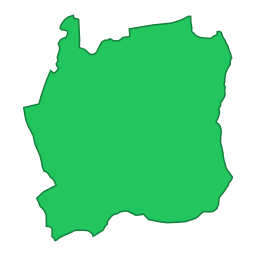 the district of Domasnea, Caras-Severin, Romania
{"feature_id": "2599482B60620901079337", "entity_name": "Domasnea", "entity_type": "district", "adm_level": 2, "iso_a3": "ROU", "parent_name": "Romania", "parent_adm1": "Caras-Severin", "projection": "albers", "projection_center": [22.344, 45.088], "detail": "fine", "context": "isolated", "style": "filled", "palette": "green", "viewbox_px": 256, "rotation_deg": 0, "n_neighbors": 0, "source": "geoboundaries", "source_scale": "gbopen_adm2", "svg_char_len": 4184}
<svg xmlns="http://www.w3.org/2000/svg" viewBox="0 0 256 256"><path d="M213.1,211.5L214.4,210.5L217.0,208.5L217.0,207.8L217.4,207.3L217.8,205.7L218.4,204.8L218.6,204.2L218.6,202.8L218.7,201.0L219.1,198.7L219.4,197.6L219.6,197.2L219.9,196.7L221.0,195.3L222.6,193.5L225.0,190.1L226.3,188.0L227.8,186.0L228.3,185.0L228.5,184.2L228.7,183.3L230.5,181.0L231.4,179.7L232.0,178.4L232.2,177.8L232.3,176.8L231.1,175.3L230.6,174.7L229.7,172.9L228.2,171.3L227.6,170.5L226.6,168.8L226.0,167.3L225.5,166.0L224.9,163.0L224.4,161.9L224.1,160.9L223.9,160.0L223.7,158.2L223.2,156.6L223.2,156.4L223.0,155.5L223.1,153.9L222.7,151.9L221.9,147.9L221.2,145.2L220.7,143.2L220.5,142.0L220.5,141.8L220.7,138.6L220.7,136.0L221.1,134.0L221.1,130.0L220.9,128.8L220.8,128.7L220.7,128.6L220.4,128.3L220.4,127.9L220.4,127.4L220.3,126.8L220.3,126.4L219.0,124.7L216.5,122.4L216.1,121.6L216.4,120.9L217.3,119.5L218.3,117.2L218.8,115.9L219.0,115.0L219.0,114.7L219.2,113.6L219.5,112.6L219.4,110.7L219.3,109.9L218.8,109.0L218.7,108.6L218.7,108.4L218.8,108.1L219.1,107.8L219.8,107.1L220.1,106.6L220.4,105.8L220.6,105.2L220.5,104.4L220.5,103.6L221.4,102.0L222.8,99.5L223.8,98.2L224.4,96.7L224.9,95.1L225.1,93.7L224.7,91.8L224.7,91.4L224.6,89.9L225.3,87.5L225.1,86.7L224.6,85.8L224.2,84.9L224.3,83.6L224.2,83.4L224.2,82.9L224.5,82.5L224.8,81.9L224.8,81.2L224.7,80.0L224.9,78.4L224.9,77.8L225.1,76.5L225.3,75.7L225.4,74.4L225.8,72.9L226.5,71.1L228.3,67.3L229.7,65.3L229.9,65.1L230.3,64.1L230.3,62.5L230.3,60.6L230.6,59.7L231.3,58.7L231.7,57.9L230.6,54.0L229.9,52.2L229.7,51.9L228.6,49.0L228.3,47.6L227.7,45.7L226.1,43.3L225.6,42.3L225.4,41.2L224.7,40.0L223.8,38.4L222.8,36.8L222.3,35.5L221.8,34.2L221.1,32.4L220.4,31.8L219.2,31.5L217.5,31.5L217.2,31.7L217.1,32.6L217.2,33.5L217.1,34.3L216.8,34.8L216.0,35.1L214.7,35.7L213.2,36.6L212.4,37.1L211.8,37.9L210.7,38.4L204.3,38.1L200.0,37.3L199.5,37.2L196.7,36.1L194.5,34.2L194.0,33.7L193.5,33.0L192.5,32.5L192.2,32.2L191.8,31.0L191.6,30.3L191.8,28.7L191.8,27.8L191.7,27.2L191.5,26.6L191.2,24.1L190.9,22.7L190.8,21.2L190.8,20.6L190.7,16.4L188.4,16.3L181.3,20.0L171.5,23.1L153.8,24.9L129.3,28.9L129.8,35.2L129.5,36.6L122.9,37.5L121.9,38.5L120.7,39.5L119.5,40.2L118.1,40.8L115.8,40.9L113.1,40.6L112.7,40.4L112.0,39.9L111.4,39.3L110.6,39.1L109.8,38.9L107.5,40.1L106.3,40.2L105.0,40.2L104.0,40.6L103.4,41.3L102.1,41.8L101.2,43.1L100.6,44.1L100.0,45.1L99.8,45.5L97.0,51.4L95.5,53.2L94.9,53.7L94.1,54.1L93.3,54.3L92.4,54.4L90.2,54.4L84.7,49.5L79.3,47.6L79.6,39.7L78.6,19.5L77.5,19.0L76.4,18.6L75.2,18.4L73.9,18.4L73.4,15.4L68.4,17.0L67.6,17.5L66.8,18.1L66.0,18.7L65.3,19.3L64.4,20.1L63.6,21.1L62.9,22.0L62.2,23.1L61.6,24.1L61.1,25.2L60.6,26.4L60.2,27.5L60.1,28.0L61.0,29.3L61.6,29.6L62.4,30.0L62.9,30.0L63.8,30.0L64.4,30.1L67.4,30.8L67.6,33.5L66.2,37.3L62.8,38.4L60.8,39.6L58.2,43.6L59.6,46.9L59.5,50.3L57.3,57.0L58.0,60.8L56.2,63.8L56.8,65.9L58.6,67.9L57.1,70.6L55.0,72.6L53.7,73.0L52.9,72.5L52.1,71.9L51.4,71.3L50.7,70.6L46.4,80.6L41.2,95.8L38.9,104.0L23.7,107.6L25.8,119.8L28.4,126.6L33.1,135.2L35.2,144.6L39.8,155.1L40.1,156.1L40.8,158.7L41.4,161.2L41.9,163.9L42.3,166.5L44.0,171.2L46.5,171.9L48.5,173.9L50.2,177.0L53.3,179.3L56.2,185.3L43.8,191.7L36.7,198.3L38.1,200.8L40.0,206.1L41.2,207.2L42.4,208.3L43.4,209.5L44.4,210.8L44.8,211.5L46.2,215.2L46.4,226.4L47.5,226.4L48.5,226.5L49.5,226.8L50.5,227.1L51.2,227.5L52.1,228.9L52.0,236.7L53.8,237.8L55.0,240.6L56.9,239.9L57.3,239.4L57.8,238.9L58.6,238.3L59.4,237.8L61.0,236.9L62.6,236.1L64.4,235.2L65.7,234.6L67.4,234.1L68.6,233.4L72.3,231.8L73.4,231.1L73.9,230.9L76.6,229.9L76.8,230.4L83.6,230.2L88.3,230.8L90.2,232.1L92.3,233.7L93.1,235.8L93.1,236.1L94.4,235.6L98.2,233.2L102.7,230.3L103.3,229.8L104.0,228.6L104.8,226.8L106.2,225.0L107.2,224.3L107.7,222.0L107.6,220.9L109.6,218.5L111.8,216.0L112.3,215.5L114.2,214.4L117.3,213.7L118.4,213.0L119.8,212.2L121.5,211.6L125.7,211.1L127.9,211.3L135.4,215.1L136.8,215.1L138.5,215.0L140.1,214.8L141.8,214.5L143.4,214.1L148.8,219.6L153.5,220.6L158.2,221.5L162.9,222.2L167.6,222.7L183.0,221.9L186.6,221.3L194.5,218.7L196.6,217.6L197.8,216.7L199.0,215.7L200.1,214.6L201.1,213.4L204.0,211.6L206.3,211.8L208.6,211.8L210.9,211.7L213.1,211.5Z" fill="#22c55e" stroke="#15803d" stroke-width="1.5"/></svg>